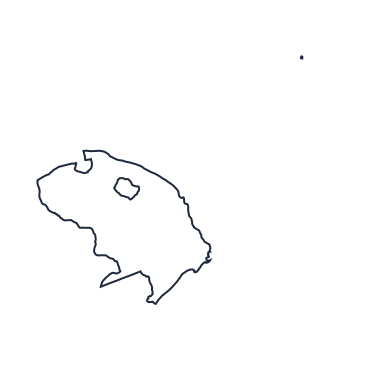 outline of South Africa, rotated 252°
{"feature_id": "ZAF", "entity_name": "South Africa", "entity_type": "country or territory", "adm_level": 0, "iso_a3": "ZAF", "parent_name": "Africa", "parent_adm1": "", "projection": "albers", "projection_center": [25.295, -34.555], "detail": "fine", "context": "isolated", "style": "outline", "palette": "slate", "viewbox_px": 384, "rotation_deg": 252, "n_neighbors": 0, "source": "natural_earth", "source_scale": "50m", "svg_char_len": 5274}
<svg xmlns="http://www.w3.org/2000/svg" viewBox="0 0 384 384"><g transform="rotate(252 192 192)"><path d="M230.4,45.7L230.5,45.7L233.6,45.3L236.2,45.8L239.3,47.2L242.2,47.8L244.9,47.6L247.1,47.6L248.8,47.9L250.1,48.4L251.1,49.1L251.1,49.7L251.2,50.0L251.6,51.6L252.2,54.0L252.6,56.3L253.1,59.3L253.0,61.0L253.1,61.7L253.7,62.5L254.4,63.9L254.6,64.7L254.8,65.4L255.5,66.5L256.0,68.3L256.4,70.6L256.8,71.7L256.9,72.2L257.1,73.2L256.9,75.2L256.8,77.6L256.6,80.3L256.5,82.4L256.3,83.5L256.2,86.7L255.4,88.3L255.4,89.6L255.6,90.4L255.3,90.5L254.7,90.7L252.4,89.2L250.2,87.6L249.8,87.6L249.3,87.7L247.9,88.6L246.6,90.2L245.9,91.5L245.0,92.8L243.4,95.0L243.2,95.5L243.1,97.3L243.0,99.0L243.2,99.3L243.9,99.4L244.4,100.9L245.6,103.2L247.7,104.8L249.6,105.6L252.4,105.9L254.6,106.0L254.6,104.5L255.0,102.0L255.4,100.4L255.7,100.4L256.3,100.6L256.6,100.7L257.5,100.7L259.0,101.2L260.3,101.2L261.5,101.3L263.4,101.4L264.5,101.4L264.0,104.1L262.2,108.1L261.6,110.0L259.8,116.8L258.0,120.2L257.0,121.5L254.2,123.9L253.4,124.3L252.8,124.6L251.6,124.9L246.8,129.7L245.0,132.1L243.4,135.6L241.8,137.5L239.5,141.6L237.4,144.8L235.4,147.7L232.1,151.7L230.7,152.8L229.7,153.3L227.2,155.6L223.5,159.3L220.8,162.6L216.7,166.3L214.4,167.9L210.9,171.2L209.9,171.6L206.1,174.7L203.3,176.5L198.8,178.6L197.1,179.2L192.9,178.6L191.1,178.9L189.6,180.2L189.5,182.1L188.9,182.4L188.0,182.3L185.0,181.5L183.5,181.6L182.5,182.6L181.8,183.9L179.6,184.0L175.7,182.7L171.1,182.0L170.0,181.9L167.8,182.9L167.0,183.1L163.7,182.9L161.9,182.4L160.2,182.4L158.9,183.0L157.3,183.2L153.1,186.9L150.8,187.0L148.9,187.4L148.0,187.5L146.2,187.0L145.5,187.1L144.5,187.4L143.5,188.0L141.2,188.4L140.3,189.0L136.6,192.4L135.7,192.3L135.0,192.2L132.9,192.2L130.6,190.6L129.7,190.8L129.9,190.3L129.9,189.3L129.4,188.7L129.0,188.5L128.1,188.6L127.6,187.8L126.2,187.8L125.8,188.1L125.1,188.1L125.0,187.3L125.0,186.8L124.9,186.1L124.7,185.2L124.1,184.9L123.7,184.8L122.7,184.9L122.1,185.1L121.8,185.4L121.5,186.1L121.6,188.2L121.1,187.6L120.4,186.4L120.2,185.1L120.3,183.5L121.3,182.8L121.1,181.7L120.8,180.8L119.5,178.5L119.0,177.5L117.9,176.8L117.0,175.1L116.2,174.5L115.7,173.3L114.9,172.4L114.5,170.8L114.9,169.9L115.5,169.4L116.3,170.1L117.1,169.7L118.2,168.5L118.8,166.7L118.7,164.0L118.4,162.3L117.1,157.9L116.6,156.9L114.2,153.9L111.3,149.9L107.5,143.4L105.6,139.5L102.6,131.6L100.1,127.2L97.1,123.2L96.8,122.9L97.1,122.4L98.5,121.3L99.1,121.0L99.4,121.1L99.7,120.8L100.0,120.1L100.0,119.4L100.1,118.5L100.4,118.0L100.6,116.9L101.2,116.2L102.4,115.6L103.4,116.1L103.8,116.7L104.0,117.4L104.5,117.8L105.2,117.7L105.7,118.1L106.0,119.1L106.0,119.8L105.7,120.3L105.8,120.8L106.3,121.5L106.6,122.2L107.0,123.0L108.7,123.4L109.5,123.7L111.0,123.7L112.4,124.0L113.7,124.6L115.8,124.6L118.7,124.0L121.1,124.0L123.0,124.6L124.4,124.7L125.2,124.2L125.6,123.5L125.4,122.7L125.8,122.2L126.7,121.9L127.5,121.2L128.0,120.2L129.3,119.3L131.3,118.6L132.4,118.5L132.3,116.9L132.0,111.7L131.7,106.6L131.5,101.4L131.2,96.2L130.9,91.1L130.7,86.0L130.4,80.8L130.1,76.0L130.7,76.3L134.1,78.7L135.1,80.0L135.6,80.9L137.2,83.9L138.3,86.6L139.3,88.7L139.4,89.7L139.6,90.6L139.7,91.1L139.7,91.6L139.1,92.8L138.5,93.7L137.8,94.9L137.8,96.5L138.2,98.4L138.6,99.3L139.2,99.5L140.6,99.0L141.4,99.1L142.6,99.4L146.6,99.1L147.1,99.2L148.6,99.2L149.1,99.1L149.5,98.7L150.0,97.5L150.4,97.1L151.3,96.9L152.3,96.6L153.1,95.9L154.3,93.6L156.9,91.6L157.7,91.1L158.2,90.6L158.6,89.8L159.5,87.3L160.1,85.3L160.3,84.3L160.9,82.7L161.7,81.7L162.4,81.1L162.8,81.0L163.7,80.7L164.9,80.4L166.2,80.7L167.6,81.2L169.2,82.2L170.8,83.5L171.6,84.1L172.4,84.4L173.8,84.5L174.7,84.5L176.2,85.7L176.9,85.8L178.5,86.2L180.5,86.6L181.8,86.5L183.1,85.8L184.1,85.8L185.4,85.8L186.8,85.7L187.8,85.4L188.6,84.8L189.3,84.1L190.1,82.2L190.5,80.6L191.2,78.8L192.1,76.4L192.4,74.7L192.8,74.2L194.0,73.7L195.1,73.3L197.9,72.7L198.5,72.3L199.0,71.6L200.3,70.2L201.8,69.1L202.6,68.5L204.1,63.0L204.3,62.3L205.4,60.9L206.1,60.3L206.5,60.3L207.1,59.9L207.9,59.1L208.8,58.7L209.9,58.5L210.6,58.1L210.9,57.2L211.5,56.9L212.2,56.9L212.7,56.6L212.8,56.1L213.3,55.6L214.1,55.3L214.6,54.8L214.6,54.3L215.7,53.0L217.7,51.0L219.6,49.9L221.3,49.7L223.0,49.3L224.6,48.8L225.8,47.8L226.5,46.5L227.8,45.8L230.4,45.7ZM220.5,136.9L222.2,136.3L222.9,135.8L223.5,135.5L224.2,134.9L224.5,133.6L224.7,132.4L225.3,131.9L225.8,131.5L226.3,130.9L226.9,129.5L227.3,128.1L227.4,127.5L227.2,126.9L226.9,126.2L226.6,125.3L226.2,125.2L225.4,124.7L224.2,123.7L223.2,122.8L222.2,121.5L221.8,121.3L220.9,120.5L220.5,120.0L220.2,119.4L220.0,119.2L219.5,119.3L218.4,119.5L215.9,120.5L214.4,121.3L213.1,122.4L211.8,122.8L210.9,123.1L210.1,124.3L209.3,125.5L208.7,126.5L208.3,127.0L208.0,127.3L207.6,127.9L206.9,129.0L206.3,129.8L205.4,130.1L204.3,130.7L203.9,131.0L203.8,131.4L204.2,132.5L204.6,133.5L205.2,134.7L205.6,135.5L206.3,136.6L206.7,137.2L206.7,138.3L206.8,138.6L207.0,139.1L207.4,139.3L208.0,139.7L208.2,139.9L208.6,140.2L209.0,140.9L209.7,141.8L210.6,142.5L212.0,142.8L213.2,143.0L213.6,142.9L214.0,142.4L214.3,141.7L214.4,140.8L214.8,140.4L216.3,138.2L217.0,137.4L217.5,137.3L218.1,137.2L218.9,137.1L219.5,137.2L220.5,136.9ZM286.9,338.5L286.5,338.7L285.0,338.3L284.8,337.9L285.4,337.3L285.7,337.0L286.5,337.3L287.1,337.9L287.2,338.1L286.9,338.5Z" fill="none" stroke="#1e293b" stroke-width="2"/></g></svg>